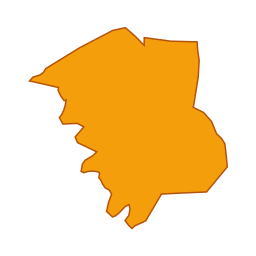 map outline of Bərdə (orthographic projection), rotated 186°
{"feature_id": "AZE-1696", "entity_name": "Bərdə", "entity_type": "District", "adm_level": 1, "iso_a3": "AZE", "parent_name": "Azerbaijan", "parent_adm1": "", "projection": "orthographic", "projection_center": [47.272, 40.358], "detail": "fine", "context": "isolated", "style": "filled", "palette": "amber", "viewbox_px": 256, "rotation_deg": 186, "n_neighbors": 0, "source": "natural_earth", "source_scale": "10m", "svg_char_len": 1031}
<svg xmlns="http://www.w3.org/2000/svg" viewBox="0 0 256 256"><g transform="rotate(186 128 128)"><path d="M121.3,219.6L94.6,218.8L68.3,220.9L66.6,211.6L64.3,202.7L63.5,186.0L64.4,169.3L65.2,155.3L54.4,151.3L45.6,143.2L39.2,131.4L34.0,127.5L30.0,122.4L27.5,111.1L25.2,99.7L43.2,72.6L66.2,69.2L87.8,65.8L100.7,37.5L111.0,31.4L113.5,28.5L113.9,28.7L116.9,31.0L121.3,35.7L118.1,41.0L117.5,47.3L118.9,51.8L122.5,49.7L127.8,42.8L131.3,39.3L134.1,37.9L140.6,42.8L139.6,51.8L137.4,60.6L140.2,64.4L144.3,66.0L147.3,69.4L149.3,72.9L150.5,74.4L151.8,75.5L151.6,80.2L153.0,81.3L158.7,81.5L163.2,80.6L167.3,78.9L170.1,80.0L169.5,87.7L167.2,91.5L159.6,97.3L156.6,101.0L176.7,108.2L179.6,113.6L172.0,124.5L179.1,127.3L193.1,125.1L197.3,131.1L195.1,135.1L193.6,139.5L192.8,144.2L192.5,149.4L194.4,148.5L198.2,152.8L200.7,156.9L201.5,158.3L201.4,161.0L230.8,164.5L227.9,168.6L221.0,171.6L217.9,174.5L216.0,178.5L184.7,202.6L153.5,223.4L141.1,227.5L130.2,219.8L120.6,211.9L121.3,219.6Z" fill="#f59e0b" stroke="#b45309" stroke-width="1.5"/></g></svg>